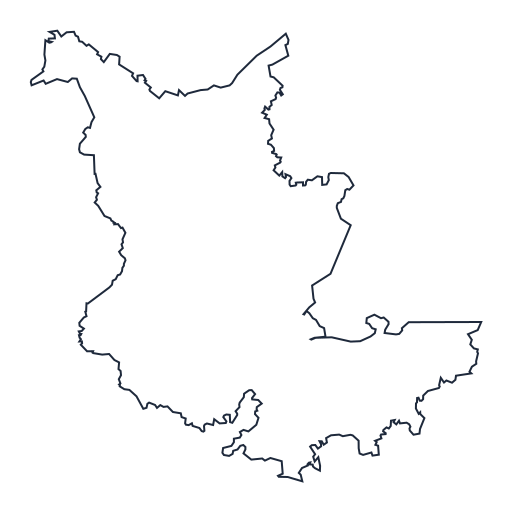 Ērgļu pag., Erglu, Latvia
{"feature_id": "27541924B50844448194211", "entity_name": "Ērgļu pag.", "entity_type": "district", "adm_level": 2, "iso_a3": "LVA", "parent_name": "Latvia", "parent_adm1": "Erglu", "projection": "albers", "projection_center": [25.617, 56.923], "detail": "fine", "context": "isolated", "style": "outline", "palette": "slate", "viewbox_px": 512, "rotation_deg": 0, "n_neighbors": 0, "source": "geoboundaries", "source_scale": "gbopen_adm2", "svg_char_len": 5926}
<svg xmlns="http://www.w3.org/2000/svg" viewBox="0 0 512 512"><path d="M143.3,408.8L146.5,407.8L147.4,403.8L149.1,402.6L155.1,405.0L157.0,407.9L160.3,405.1L163.5,406.9L167.5,406.4L172.9,412.0L180.8,413.3L181.6,417.1L185.7,418.5L185.1,423.3L185.9,424.7L188.7,425.1L191.9,423.3L192.6,425.9L199.4,428.0L201.7,431.1L203.4,431.6L204.4,430.8L204.0,426.0L204.7,424.6L206.9,423.5L213.1,425.0L214.2,419.2L219.6,423.4L225.8,423.0L226.4,421.4L223.3,417.1L224.0,415.6L226.3,414.5L229.8,414.8L230.1,422.1L232.3,422.8L237.2,415.0L237.2,413.7L235.6,411.2L239.5,407.1L239.2,404.5L239.7,402.6L243.8,397.2L244.1,393.7L249.2,390.2L251.7,390.1L255.1,394.1L252.0,398.1L252.2,399.4L258.2,400.0L261.7,403.6L256.8,407.1L256.6,409.3L257.3,410.7L255.2,411.4L255.0,414.1L258.5,417.8L256.3,424.8L248.4,431.4L243.5,429.9L239.9,432.0L241.4,435.0L239.8,437.6L233.9,438.7L233.9,442.2L231.4,445.9L223.1,448.0L222.4,452.8L223.9,455.0L229.1,455.9L232.6,453.9L233.2,450.8L237.5,449.5L240.3,445.8L243.3,445.0L245.4,447.0L245.4,449.4L243.5,453.4L251.3,459.6L262.2,458.5L264.9,460.6L270.4,458.0L281.7,461.2L282.7,473.7L278.0,475.8L278.8,476.8L287.7,477.0L302.3,481.3L300.7,474.7L298.8,472.9L302.0,468.0L307.8,465.5L307.5,464.3L308.9,462.7L310.3,462.4L309.6,464.4L312.7,464.6L313.0,466.5L315.0,468.2L319.9,470.7L320.1,465.8L318.3,457.2L314.7,461.5L313.2,456.7L315.1,454.2L310.1,446.6L311.8,445.2L315.3,445.0L317.9,448.6L321.1,446.3L321.0,444.1L319.5,441.2L321.8,441.3L323.7,444.7L326.9,442.5L326.1,438.1L331.0,435.3L339.2,434.6L342.8,436.2L350.4,434.8L352.7,435.4L358.6,440.7L358.7,448.3L359.6,453.5L363.1,454.9L371.4,452.5L372.5,455.6L378.8,454.7L378.1,445.7L375.4,444.8L376.7,442.1L375.1,440.8L381.4,438.4L380.5,435.5L381.1,434.5L385.6,434.1L385.7,433.2L383.1,431.3L383.4,430.0L386.5,427.4L388.8,428.5L390.7,426.0L391.0,420.7L394.7,420.0L393.6,422.2L396.3,424.4L399.0,420.7L400.0,423.4L406.6,422.7L409.2,424.3L410.4,426.7L409.5,428.4L409.8,430.5L413.5,434.7L419.5,433.6L420.0,429.0L424.4,418.1L420.3,414.1L420.2,412.3L418.7,413.8L415.9,408.5L416.0,403.4L417.0,402.3L417.1,398.0L418.5,397.7L419.8,400.7L421.5,400.8L423.1,399.2L423.2,395.6L427.9,391.0L438.9,388.0L439.7,386.5L439.1,385.2L440.8,377.8L444.0,382.5L446.4,380.5L452.0,382.7L455.4,379.8L456.0,375.7L471.3,373.4L469.5,371.7L471.9,366.7L476.3,363.8L476.1,361.3L478.0,353.3L477.2,351.9L477.8,349.4L473.9,348.4L470.3,344.4L471.8,339.8L468.0,334.2L477.7,330.1L481.2,322.0L408.7,322.2L401.9,328.2L402.2,330.4L399.2,333.9L396.0,334.4L384.6,333.0L385.2,329.7L388.6,324.1L388.5,321.8L383.7,317.5L381.0,318.2L374.4,314.7L366.8,318.1L366.3,323.0L369.2,323.9L372.1,328.2L375.7,329.3L374.8,333.2L370.5,336.5L360.2,341.2L350.7,341.6L331.7,337.3L315.6,337.8L311.3,339.6L310.8,339.3L314.5,337.8L325.5,336.7L324.1,328.1L319.7,326.1L316.0,319.9L312.8,318.2L309.3,313.2L306.5,311.0L304.2,314.5L303.5,314.2L309.3,307.3L315.1,302.5L313.5,298.7L312.1,285.5L330.5,273.8L350.7,225.2L340.9,218.7L336.8,207.9L336.8,205.9L337.8,203.2L341.0,201.9L341.6,199.2L343.3,198.3L344.4,196.0L345.3,190.2L347.2,189.0L349.4,189.7L353.5,185.4L348.6,177.0L343.9,173.3L330.8,173.0L329.0,173.8L328.3,177.1L328.8,180.1L326.6,184.4L322.2,184.9L322.0,177.1L317.4,176.3L311.9,180.3L307.8,179.7L306.1,181.8L305.8,184.7L305.1,185.4L303.0,185.5L303.0,182.3L297.3,182.5L295.8,182.7L296.3,184.7L295.6,185.5L290.7,186.2L289.6,184.6L289.5,180.9L291.4,178.1L290.2,176.2L285.5,174.2L286.0,177.0L285.1,178.2L282.4,176.4L282.2,172.1L279.3,175.6L273.6,170.3L275.4,167.5L274.8,165.4L280.2,162.6L280.7,161.8L280.0,160.6L281.2,157.5L277.3,157.3L276.0,156.2L276.7,154.6L276.3,154.1L272.1,152.9L272.0,151.9L274.1,150.9L273.9,148.1L270.9,144.7L268.0,143.8L268.2,140.8L271.9,138.5L271.2,135.2L273.6,129.7L269.5,123.5L269.1,119.2L264.6,118.0L266.8,114.7L262.1,112.7L264.8,109.9L264.4,108.5L265.1,106.6L268.4,109.6L269.5,109.3L269.4,106.9L271.7,105.0L270.9,101.3L275.6,99.1L276.1,97.7L275.4,95.5L277.4,92.4L279.5,92.6L281.2,95.5L282.8,94.3L279.9,89.8L280.5,88.0L282.4,87.3L282.6,85.7L273.7,77.3L270.5,76.5L268.6,65.6L272.4,64.6L288.3,55.7L285.4,45.1L287.8,43.9L288.5,39.9L285.8,33.7L270.5,46.5L256.7,55.7L237.4,74.7L232.1,83.1L229.6,85.4L220.7,87.6L213.9,85.4L207.7,89.5L200.6,90.1L187.6,93.5L185.0,95.9L179.0,90.1L177.9,95.4L165.3,91.2L159.2,98.3L149.9,90.9L149.4,89.5L150.8,87.5L144.9,82.7L146.1,80.9L144.6,80.3L145.5,78.9L143.0,75.0L137.5,75.7L137.6,81.3L136.6,81.1L132.0,75.9L133.1,73.3L119.1,64.4L119.6,56.7L116.9,55.0L109.8,53.9L103.8,62.1L100.9,59.1L101.4,56.7L97.1,54.3L98.1,52.1L88.8,44.4L86.5,45.8L82.2,41.8L79.3,41.3L78.0,36.7L75.6,35.6L74.0,31.8L66.6,32.3L61.3,36.5L57.3,30.7L49.6,31.9L54.5,34.8L54.9,38.4L48.8,38.6L48.4,41.1L51.7,41.9L50.9,42.4L49.3,42.7L45.4,40.2L44.4,54.6L45.4,60.5L44.3,66.7L42.4,69.4L43.4,71.4L31.5,79.9L30.8,82.1L31.6,85.3L43.6,80.5L45.7,83.8L57.0,79.1L67.8,82.0L72.1,78.4L76.8,78.7L79.9,87.2L84.8,96.0L94.3,117.3L91.5,122.1L90.0,127.9L87.8,127.3L85.3,129.0L83.2,132.6L85.6,134.9L85.8,136.9L79.9,143.7L79.1,149.2L79.9,152.3L84.1,154.6L93.9,155.2L94.6,173.9L95.5,173.8L97.6,183.1L100.4,186.9L96.3,190.3L96.7,192.4L98.1,193.3L96.1,197.2L96.9,199.8L94.7,202.5L98.2,205.8L104.5,216.0L110.4,218.4L111.3,220.5L113.6,221.9L113.5,222.8L114.9,223.0L114.4,224.3L118.0,224.1L121.0,228.1L122.5,227.6L125.4,232.8L122.5,239.3L123.0,242.4L121.5,244.3L122.8,248.1L119.1,251.7L121.2,255.2L124.9,258.3L125.5,260.3L123.9,263.8L123.9,265.7L122.4,267.8L122.0,271.2L120.1,274.5L117.7,275.2L115.7,279.2L112.7,280.7L112.0,284.7L109.4,287.4L87.9,303.5L86.5,303.3L86.1,311.4L85.3,311.7L86.5,316.2L83.8,317.5L79.3,322.8L79.6,325.8L83.9,328.6L81.7,331.0L78.8,331.4L80.1,333.9L81.2,334.0L80.6,335.1L79.0,335.2L79.6,337.7L80.9,339.2L79.4,341.5L81.9,341.4L82.1,343.3L80.8,344.7L87.1,351.3L93.1,351.2L92.5,352.6L93.2,353.1L102.2,354.6L109.1,354.0L114.4,360.0L119.1,362.4L118.5,369.1L120.6,371.0L121.0,375.2L118.8,379.2L120.4,383.4L119.1,384.5L119.9,385.1L119.7,386.3L124.3,389.2L129.4,389.9L136.5,396.3L143.3,408.8Z" fill="none" stroke="#1e293b" stroke-width="2"/></svg>